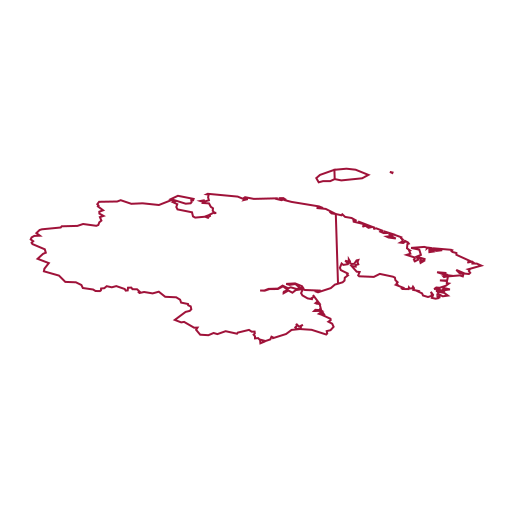 the border of Chukchi Autonomous Okrug
{"feature_id": "RUS-2321", "entity_name": "Chukchi Autonomous Okrug", "entity_type": "Autonomous Province", "adm_level": 1, "iso_a3": "RUS", "parent_name": "Russia", "parent_adm1": "", "projection": "natural_earth1", "projection_center": [175.436, 66.707], "detail": "fine", "context": "isolated", "style": "outline", "palette": "rose", "viewbox_px": 512, "rotation_deg": 0, "n_neighbors": 0, "source": "natural_earth", "source_scale": "10m", "svg_char_len": 6095}
<svg xmlns="http://www.w3.org/2000/svg" viewBox="0 0 512 512"><path d="M99.1,201.8L117.2,201.5L120.7,200.2L131.3,203.8L142.6,203.3L158.9,205.0L171.4,200.1L175.2,201.3L173.0,202.2L177.3,204.2L176.3,207.0L177.5,209.4L192.0,212.3L193.0,216.4L195.2,217.6L205.1,216.7L208.8,218.1L206.5,216.0L209.0,215.1L210.2,216.8L209.6,214.7L213.7,212.7L214.7,213.2L216.2,212.9L214.4,212.7L212.7,210.7L213.0,208.3L210.8,206.8L209.0,203.4L203.0,203.0L204.0,201.6L208.9,200.3L208.1,197.3L208.7,194.6L206.7,194.3L207.7,193.8L237.7,196.6L244.5,199.4L244.0,200.0L247.8,199.1L243.5,198.2L245.1,197.2L253.8,198.9L277.8,198.3L275.3,198.7L281.6,200.2L283.7,199.3L278.7,198.2L283.3,198.1L285.3,199.4L284.9,200.2L291.5,201.9L319.0,206.4L323.0,208.0L317.6,207.0L317.5,208.1L325.7,208.9L335.2,213.7L329.6,211.7L331.6,213.4L335.8,214.0L338.0,283.7L334.9,284.6L330.8,288.1L318.0,292.3L316.9,291.9L320.7,290.6L304.8,290.0L301.4,287.9L302.9,287.6L302.0,286.2L295.1,283.4L286.2,283.9L289.6,284.9L295.4,284.0L300.2,288.1L296.6,289.0L290.7,287.3L288.1,288.3L282.6,285.6L277.9,288.6L268.5,288.9L264.4,290.5L260.1,290.5L264.7,290.7L269.4,289.1L277.9,289.0L283.1,286.3L287.9,290.1L284.0,291.6L283.6,292.3L283.6,293.2L288.4,290.5L292.4,292.7L295.8,290.1L302.9,289.1L301.1,293.1L302.4,295.4L307.6,298.4L312.8,299.3L311.2,298.4L314.1,296.6L313.0,295.0L318.6,302.4L317.1,301.8L315.7,303.0L317.2,303.3L315.7,303.5L319.3,304.0L319.4,303.0L321.1,309.9L319.0,309.0L320.8,310.2L315.4,309.8L314.2,311.0L320.5,310.9L320.6,312.6L318.9,313.8L320.4,314.3L322.3,313.4L321.1,311.5L321.4,310.5L324.8,315.5L322.5,314.0L322.0,314.9L330.5,318.8L330.7,320.1L328.4,321.7L332.2,323.7L333.6,326.8L330.5,330.2L326.7,331.1L327.2,333.5L326.2,334.5L311.6,329.8L300.8,329.1L300.9,326.1L302.9,324.8L299.1,326.7L296.2,323.8L297.0,325.6L295.3,327.4L297.1,329.0L300.2,329.0L291.6,329.9L286.1,334.0L272.2,338.4L273.4,337.6L271.5,336.7L270.3,339.4L264.4,341.4L265.0,340.9L262.0,340.1L263.8,341.9L260.4,343.3L260.1,340.1L258.1,338.1L255.0,338.4L255.0,336.3L253.6,334.7L254.8,333.5L254.6,331.6L251.7,331.7L249.0,329.9L237.8,332.6L237.0,333.7L225.6,331.2L217.4,334.1L213.6,333.0L208.4,335.2L200.2,334.7L196.1,329.8L197.5,327.6L194.1,327.7L184.1,321.9L181.2,322.4L174.8,319.9L185.6,311.9L189.7,310.9L191.3,309.3L190.7,306.4L188.2,305.3L188.0,304.0L181.1,302.6L180.1,299.7L176.2,297.3L165.2,296.8L158.8,291.7L152.6,293.4L144.1,292.0L139.5,293.0L138.8,292.3L139.8,291.8L137.1,289.3L132.5,289.2L131.3,287.6L128.0,287.7L127.7,290.4L125.7,290.6L124.7,289.0L116.3,286.1L111.8,287.3L106.7,286.2L104.3,288.2L101.1,288.5L100.9,290.4L99.9,291.1L95.5,291.0L93.1,289.5L82.8,288.0L81.4,285.0L75.9,282.3L65.3,281.9L59.0,275.6L43.9,271.3L44.4,268.7L48.8,263.1L37.6,258.8L43.1,253.8L45.8,252.7L44.8,249.3L32.5,244.1L31.6,242.8L33.2,241.2L30.7,239.4L31.6,237.4L34.3,235.9L39.9,235.7L36.4,233.1L39.6,230.0L41.9,229.3L60.7,227.5L61.7,226.3L77.4,225.9L83.1,224.0L96.3,225.8L98.3,225.0L99.3,222.3L101.4,220.6L99.9,217.1L103.5,215.9L99.4,213.6L99.3,211.7L103.1,210.3L97.9,206.4L98.5,205.5L97.3,204.2L99.1,201.8ZM335.8,214.0L341.5,215.3L342.3,214.3L345.1,216.9L351.6,218.0L356.6,220.8L353.3,219.3L353.7,221.7L363.0,223.9L364.1,225.3L362.5,226.7L367.4,225.2L358.1,221.4L370.3,226.1L366.7,226.6L368.5,227.8L372.5,226.9L374.8,227.7L373.6,227.5L374.2,228.8L376.1,228.3L383.3,231.0L381.0,230.6L380.2,231.6L383.7,233.1L388.2,233.0L383.7,231.2L392.2,233.9L389.6,234.7L390.3,236.1L386.6,236.6L388.5,237.5L395.8,238.5L391.1,236.1L393.6,234.5L401.4,237.3L401.1,238.2L403.5,240.1L402.1,239.5L402.9,241.2L400.3,242.6L403.2,243.0L405.7,241.4L404.1,240.4L408.0,242.5L408.8,243.6L407.4,244.1L407.0,248.3L410.0,250.5L409.2,250.8L410.4,253.7L406.6,254.9L414.1,257.3L414.8,258.3L413.9,259.7L415.0,260.8L414.1,261.8L418.0,259.7L417.4,258.4L420.0,258.4L421.4,260.7L420.2,261.4L420.6,262.9L423.3,261.3L421.9,260.8L424.4,260.2L424.6,259.0L416.5,256.7L420.9,254.9L419.3,249.7L411.1,247.9L424.3,246.9L427.1,247.6L426.9,248.4L427.9,247.6L432.3,248.2L429.5,248.0L431.4,249.0L429.3,249.3L429.4,252.1L432.4,251.7L430.3,250.6L432.3,249.1L432.7,250.1L436.5,250.9L442.2,250.2L432.8,248.5L433.5,248.3L451.1,249.8L452.2,250.2L451.5,251.1L452.5,252.0L456.4,253.0L456.4,254.8L470.5,261.2L467.3,262.6L472.1,261.6L474.6,263.4L471.4,263.5L476.8,263.6L481.3,265.6L468.2,269.3L469.5,269.9L468.9,271.1L470.2,272.8L468.9,274.0L464.9,273.6L456.3,269.9L459.4,273.0L463.4,274.2L462.8,276.4L459.8,275.4L448.9,276.3L452.9,275.9L445.7,275.0L446.4,274.4L444.7,273.6L445.1,272.9L437.1,272.2L443.8,274.4L445.0,276.5L443.4,276.4L444.0,277.1L448.1,276.1L447.1,280.5L439.9,280.4L447.0,281.0L446.8,283.1L448.9,283.5L445.7,285.8L439.6,287.8L436.3,287.5L434.1,289.1L439.1,288.4L439.9,289.7L436.0,291.0L438.8,291.2L437.2,292.8L439.2,291.9L444.2,292.9L447.9,295.6L442.7,296.3L438.4,294.0L436.6,294.6L439.8,295.1L439.5,297.2L437.7,296.9L438.2,298.2L435.6,298.7L431.9,297.9L433.1,294.9L430.8,291.8L431.8,293.8L431.5,295.9L428.0,297.0L423.0,295.5L422.1,293.4L417.7,291.3L418.2,290.9L413.3,289.9L414.0,288.2L413.0,286.7L412.2,288.4L409.7,288.5L408.9,287.4L408.5,289.1L402.5,289.0L401.9,288.6L403.1,287.7L396.0,284.9L397.3,284.2L396.6,283.3L397.6,282.2L395.4,280.2L394.9,277.6L393.0,276.7L379.8,273.9L373.8,276.9L359.2,276.3L358.2,275.4L359.6,272.0L356.7,271.7L351.6,266.0L355.7,266.6L355.7,265.0L358.3,264.3L357.5,262.0L358.3,260.0L356.6,260.4L354.2,263.8L351.5,264.0L349.6,262.5L350.0,261.4L348.8,259.4L348.8,261.7L345.2,260.7L348.2,263.6L347.8,264.2L343.3,264.9L341.6,263.5L339.9,267.8L340.8,270.1L347.7,273.5L347.2,274.5L348.0,275.3L344.8,277.7L344.5,280.6L342.6,282.3L338.0,283.7L335.8,214.0ZM334.4,169.8L346.5,168.7L355.6,169.7L368.4,174.9L362.1,178.3L341.3,180.4L334.7,179.1L334.4,169.8ZM334.7,179.1L330.3,181.1L323.2,181.1L318.7,182.3L316.3,178.1L320.0,174.9L334.4,169.8L334.7,179.1ZM193.6,198.9L193.1,200.3L191.3,200.4L191.6,202.1L190.6,203.3L185.7,203.7L170.9,199.1L177.9,195.8L193.6,198.9ZM443.9,288.0L449.9,289.4L441.7,290.6L443.9,288.0ZM200.3,201.0L204.7,200.2L202.3,201.7L200.3,201.0ZM444.0,291.4L443.4,292.3L440.5,291.7L440.8,291.2L444.0,291.4ZM392.5,172.5L392.3,173.0L389.9,171.9L392.5,172.5Z" fill="none" stroke="#9f1239" stroke-width="2"/></svg>